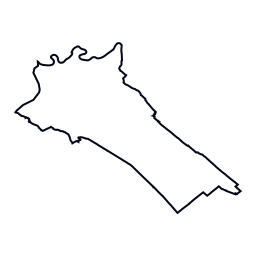 Suharau, Botosani, Romania (Equal Earth projection)
{"feature_id": "2599482B9614672235504", "entity_name": "Suharau", "entity_type": "district", "adm_level": 2, "iso_a3": "ROU", "parent_name": "Romania", "parent_adm1": "Botosani", "projection": "equal_earth", "projection_center": [26.43, 48.129], "detail": "fine", "context": "isolated", "style": "outline", "palette": "ink", "viewbox_px": 256, "rotation_deg": 0, "n_neighbors": 0, "source": "geoboundaries", "source_scale": "gbopen_adm2", "svg_char_len": 5493}
<svg xmlns="http://www.w3.org/2000/svg" viewBox="0 0 256 256"><path d="M237.8,184.6L234.6,181.9L233.2,180.9L232.1,180.0L230.9,179.1L229.0,177.5L227.0,175.9L225.6,174.6L223.3,172.9L222.9,172.6L219.9,170.1L216.7,167.4L214.1,164.9L210.0,161.3L205.1,156.8L204.0,156.2L203.3,155.5L203.0,155.3L202.0,154.4L201.0,154.3L200.0,153.9L199.5,153.5L198.5,153.2L197.7,152.3L196.4,152.4L196.0,152.5L194.0,150.6L191.9,148.9L191.1,148.2L189.8,147.1L188.1,145.5L187.6,145.8L187.4,145.8L184.9,143.9L184.4,143.6L181.5,141.3L181.2,140.8L180.1,139.9L178.8,138.6L178.0,138.0L177.5,137.9L176.6,137.0L175.8,136.5L174.0,135.0L172.6,133.7L169.9,131.5L167.0,129.3L163.0,126.1L162.4,125.6L161.6,125.1L160.8,124.3L160.1,123.6L159.2,122.8L158.9,122.0L159.0,122.0L159.1,121.9L158.8,121.8L158.7,121.5L158.4,121.5L158.2,121.5L158.2,121.2L157.8,121.1L157.8,120.8L157.6,120.8L155.8,119.3L155.3,118.8L155.0,118.6L154.3,118.0L154.6,117.0L154.1,116.8L153.8,116.4L153.7,116.0L153.4,115.9L153.7,115.8L153.7,115.4L154.0,115.3L153.8,114.8L154.0,114.7L154.4,115.0L154.5,114.8L154.4,114.4L154.8,114.3L154.7,114.1L154.3,114.0L154.4,113.7L154.6,113.6L154.7,114.0L154.9,114.0L155.1,113.9L155.2,113.4L155.1,113.1L155.3,113.0L155.1,112.7L155.5,112.4L155.8,112.0L153.8,110.2L153.6,110.0L153.6,109.9L152.8,109.1L152.6,109.0L148.5,104.0L148.4,104.0L147.5,103.1L146.8,102.1L146.4,101.2L145.9,100.9L145.5,100.3L145.3,100.0L145.3,99.7L145.4,99.3L145.3,98.7L144.0,97.7L143.3,97.0L142.0,95.8L141.2,95.3L140.9,95.1L140.5,93.7L140.3,93.2L139.4,92.0L139.1,91.7L138.8,91.2L138.4,90.8L136.8,90.3L135.2,89.2L134.6,88.9L133.5,88.6L132.4,88.2L130.1,86.8L128.4,85.6L125.6,84.4L124.0,83.1L123.9,82.9L123.5,82.4L123.8,81.6L123.8,80.8L123.5,79.6L123.1,78.5L123.2,78.3L124.0,77.6L126.1,75.4L126.2,75.2L125.1,74.6L121.7,71.5L120.4,70.8L120.0,69.9L119.8,69.8L119.5,69.2L119.2,68.5L119.4,68.1L119.8,66.8L120.3,66.1L121.0,65.5L121.3,65.1L121.4,64.8L121.5,64.2L121.5,62.1L121.4,61.4L121.6,60.8L122.1,60.4L121.9,59.4L121.9,57.5L121.7,53.3L121.4,52.4L121.5,52.2L121.4,51.2L121.3,50.5L121.5,47.8L121.7,45.1L120.2,43.5L119.9,43.3L118.6,43.1L117.8,43.2L117.5,43.3L116.9,43.8L115.6,45.3L114.9,46.5L114.3,47.8L113.7,48.9L113.2,49.5L111.5,50.9L107.2,53.9L104.5,56.0L102.9,57.0L100.7,57.9L99.7,58.2L97.6,58.4L97.3,58.3L96.7,58.1L95.2,57.3L94.5,57.1L93.2,57.2L92.2,57.5L91.7,57.9L90.5,59.0L89.7,59.5L88.5,60.2L87.7,60.3L86.9,60.3L86.2,60.1L85.0,60.1L83.9,59.8L82.5,59.6L81.7,59.4L81.0,59.1L80.4,58.7L80.0,58.2L79.6,57.6L79.4,56.9L79.5,56.0L79.7,55.7L79.9,55.4L80.2,55.2L81.9,54.5L83.8,54.1L84.6,53.9L85.3,53.6L85.8,53.2L86.2,52.7L86.3,52.0L86.2,51.3L85.8,50.7L85.3,50.2L84.7,49.8L84.0,49.5L82.9,49.3L81.5,48.8L80.9,48.5L78.8,46.6L78.4,46.5L78.1,46.4L77.3,46.5L75.8,47.3L74.7,47.8L73.6,48.8L73.0,49.6L72.6,50.1L71.8,51.9L71.6,52.4L72.2,53.0L72.2,53.7L72.0,54.4L71.6,55.0L71.4,55.3L71.1,55.5L70.2,56.6L70.0,56.9L68.5,58.0L67.2,58.8L65.9,59.6L64.0,61.7L63.0,62.4L62.0,62.7L60.9,62.8L60.3,62.7L59.3,62.2L59.0,61.9L58.6,61.3L57.9,59.7L57.9,58.3L57.7,57.6L57.2,56.7L56.4,55.8L55.8,55.4L55.1,55.0L54.4,54.9L53.5,54.9L52.8,55.1L52.4,55.3L51.5,55.9L51.1,56.5L51.0,56.8L51.0,57.5L51.2,57.8L53.2,59.8L53.6,60.5L54.0,61.4L54.0,61.8L53.8,62.7L53.7,63.2L53.5,63.5L53.2,63.9L52.8,64.3L52.4,64.6L51.7,64.9L50.0,65.3L48.4,65.4L44.5,65.1L42.9,64.9L40.7,64.2L39.7,63.7L38.1,61.8L37.8,61.6L38.0,65.8L34.5,68.4L33.4,72.8L38.7,83.8L39.7,89.7L39.1,92.4L33.4,99.9L23.1,105.0L16.9,110.4L15.4,112.3L15.5,112.4L15.7,112.6L17.3,112.9L17.8,113.1L18.3,113.3L18.7,113.6L18.9,113.9L19.2,114.3L20.1,114.7L20.4,115.1L21.0,115.4L21.1,115.7L21.5,115.9L22.1,116.1L22.7,116.0L25.2,117.0L25.4,117.2L25.5,117.8L26.0,117.4L26.2,117.7L26.4,117.8L26.8,117.9L27.2,117.8L27.4,117.8L27.7,117.9L28.1,118.2L28.8,118.6L28.6,118.9L29.3,119.7L29.5,120.3L29.2,120.5L29.3,121.0L29.3,121.3L28.9,121.5L29.2,122.1L29.6,122.0L30.1,121.6L30.5,122.3L31.6,123.3L33.9,124.4L35.4,124.9L37.4,125.7L38.4,126.7L39.0,127.9L39.5,128.3L40.0,128.7L41.0,129.8L41.0,130.0L41.4,130.3L41.7,130.1L42.8,130.9L46.2,129.2L50.1,127.4L50.9,126.9L52.6,127.9L52.9,128.0L53.2,128.7L53.7,129.1L54.4,129.4L55.5,129.8L56.1,129.7L57.0,129.9L57.5,129.7L57.9,129.9L58.6,130.0L59.2,130.2L59.5,130.6L60.1,130.8L60.3,131.0L60.7,130.9L61.2,131.1L63.0,131.3L64.1,132.1L64.7,132.1L65.2,132.4L65.6,132.6L65.9,132.9L66.8,133.4L67.2,133.7L67.9,134.0L68.4,134.4L68.7,135.0L68.7,135.3L69.5,136.5L70.0,138.1L70.1,138.9L70.4,140.0L70.9,140.8L71.4,141.4L71.7,142.0L72.2,142.6L72.4,143.3L74.5,142.0L76.5,141.1L77.3,141.0L77.8,141.4L78.0,141.8L78.4,142.0L78.4,141.9L78.1,141.5L78.0,141.2L78.2,140.8L80.0,140.1L80.4,139.9L80.5,139.7L80.2,139.3L78.4,138.0L78.4,137.8L78.4,137.6L78.5,137.4L79.2,137.5L79.6,137.5L80.1,137.2L80.7,137.2L82.3,137.4L83.2,137.6L85.7,138.5L88.1,138.9L94.9,143.0L97.4,144.4L97.7,144.8L101.1,146.8L103.1,148.1L105.0,149.2L106.7,150.2L107.6,150.9L108.5,151.3L110.8,152.7L127.0,162.7L127.8,163.2L128.1,163.5L129.2,164.0L131.3,165.5L132.9,167.0L144.9,178.7L148.7,182.3L152.1,185.6L154.0,187.4L153.9,187.5L154.2,187.6L156.3,189.7L158.1,191.7L160.2,193.7L160.6,194.2L161.1,194.6L163.1,196.5L166.4,200.3L169.2,203.5L170.4,204.7L174.7,209.7L177.5,212.9L182.8,208.6L189.2,203.8L189.1,203.7L193.2,200.2L196.4,197.6L203.2,192.3L207.2,195.7L209.5,194.0L211.0,192.6L217.8,187.2L218.7,186.3L220.1,187.4L221.2,188.6L221.9,189.0L222.3,189.0L222.6,189.1L224.6,190.1L225.1,190.1L225.8,190.6L226.4,190.6L226.5,190.7L226.5,191.0L235.4,194.3L235.6,194.4L236.5,194.2L236.2,193.5L237.2,193.8L240.6,191.1L235.5,186.6L237.8,184.6Z" fill="none" stroke="#020617" stroke-width="2"/></svg>